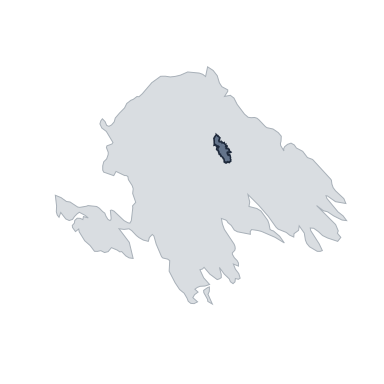 Thurles Lea-5, North Tipperary, Ireland shown in context, rotated 240°
{"feature_id": "5873133B42625878328180", "entity_name": "Thurles Lea-5", "entity_type": "district", "adm_level": 2, "iso_a3": "IRL", "parent_name": "Ireland", "parent_adm1": "North Tipperary", "projection": "equal_earth", "projection_center": [-7.824, 52.667], "detail": "fine", "context": "in_parent", "style": "filled", "palette": "slate", "viewbox_px": 384, "rotation_deg": 240, "n_neighbors": 0, "source": "geoboundaries", "source_scale": "gbopen_adm2", "svg_char_len": 8001}
<svg xmlns="http://www.w3.org/2000/svg" viewBox="0 0 384 384"><g transform="rotate(240 192 192)"><path d="M244.3,81.4L236.1,85.5L234.8,87.1L232.5,93.4L232.2,95.2L227.1,102.2L224.2,103.7L219.8,104.8L217.3,105.9L214.2,105.4L210.3,105.5L208.3,106.7L208.4,107.7L209.6,108.8L216.9,112.1L216.5,113.4L214.4,114.9L201.3,118.8L197.4,121.1L196.1,122.6L197.5,125.1L207.9,132.8L209.7,133.6L211.2,138.1L220.4,139.9L224.2,142.7L227.5,143.4L234.5,143.1L237.4,144.2L239.0,143.4L239.9,141.9L247.8,136.5L245.3,132.4L253.3,125.5L255.5,125.6L259.2,127.7L262.3,130.7L263.3,134.6L266.3,138.1L268.2,139.3L273.3,140.1L274.5,141.4L273.6,146.6L274.4,148.3L287.3,148.1L292.5,145.9L297.0,146.3L299.2,148.6L300.2,151.0L296.4,151.9L292.3,151.4L290.4,152.9L290.3,155.9L291.7,159.8L294.4,162.5L296.6,168.7L298.5,175.6L301.3,179.8L302.0,184.9L301.6,187.5L302.2,192.1L301.0,193.7L301.9,198.0L306.8,211.9L307.9,222.7L305.6,226.8L302.5,230.7L300.5,235.3L299.0,240.3L298.1,248.3L291.4,257.7L288.6,260.1L285.2,261.5L292.6,268.1L286.6,271.1L280.1,272.0L272.8,270.3L268.3,270.5L262.6,274.0L261.3,273.3L258.5,267.9L256.6,273.5L252.4,275.3L245.2,274.9L233.2,276.4L228.6,278.0L226.7,280.5L225.3,283.4L223.5,285.1L221.3,286.0L212.1,288.2L210.3,289.0L206.0,293.7L200.3,296.4L195.7,297.2L191.5,294.5L189.9,292.9L187.9,292.0L181.6,292.1L183.6,293.0L184.9,294.9L185.5,298.6L184.8,302.2L181.6,304.1L177.9,304.4L171.9,308.2L164.1,309.2L159.9,312.7L133.9,318.5L132.5,318.6L128.9,317.1L125.1,316.4L121.2,316.9L110.3,320.2L105.1,319.5L111.9,311.4L120.9,307.3L121.8,306.2L118.9,305.6L101.8,308.5L95.8,310.9L89.9,311.6L92.7,307.9L100.4,302.8L107.1,299.5L110.0,296.5L118.0,293.1L92.0,300.1L85.2,299.2L83.6,297.3L78.3,298.2L76.4,293.5L84.4,286.4L89.0,283.3L94.4,281.7L99.7,279.3L101.7,276.4L99.2,275.5L83.6,276.2L76.1,275.6L76.5,273.3L78.0,270.8L85.8,266.4L90.0,265.7L93.7,266.2L100.3,268.7L109.1,267.9L105.5,265.1L104.9,259.5L102.1,257.6L105.8,255.0L109.9,253.4L116.8,248.0L119.3,247.2L132.8,245.9L147.4,243.1L161.9,239.2L154.5,237.0L151.0,234.1L145.3,239.9L141.1,242.2L129.5,243.4L125.8,242.7L120.7,240.9L119.1,241.6L117.6,243.0L109.8,245.8L101.7,246.5L111.2,241.3L123.2,232.4L125.9,229.6L129.7,224.8L128.6,222.6L126.2,221.4L134.9,211.4L137.9,209.6L143.4,209.3L147.5,207.8L149.3,207.8L150.9,207.2L154.4,204.2L149.0,202.3L143.4,201.3L125.9,202.4L123.6,202.1L121.5,201.2L120.1,199.9L119.1,196.5L117.8,195.8L113.9,195.8L110.0,196.8L107.3,196.7L104.6,195.2L108.9,191.8L103.5,191.0L97.9,191.7L93.3,190.6L93.2,188.5L95.4,186.3L92.7,184.3L92.1,181.7L95.1,180.4L98.2,180.8L104.7,178.9L113.0,178.0L106.0,176.1L103.2,174.5L103.1,172.1L103.6,170.0L111.9,166.4L120.7,164.8L120.1,162.5L120.7,160.0L111.9,159.2L103.1,161.0L104.1,156.2L106.3,151.8L106.7,148.9L106.4,145.9L102.3,147.2L101.8,142.9L100.1,139.9L94.1,141.9L94.3,138.0L96.1,135.3L99.2,134.1L102.4,134.6L108.2,134.6L113.8,132.5L121.9,132.0L134.8,132.6L143.7,138.4L146.0,137.4L149.5,133.7L151.2,133.3L164.6,134.9L172.9,137.0L175.1,136.4L173.9,132.3L171.1,129.5L174.7,125.8L179.0,123.3L182.0,122.1L188.7,120.5L191.6,119.1L193.6,114.4L196.7,110.4L179.8,112.5L163.9,107.8L166.4,104.6L169.8,102.7L175.6,101.3L176.2,99.6L179.2,98.1L184.1,94.4L182.3,89.5L183.3,86.0L186.8,83.7L187.9,80.3L189.4,77.9L196.6,77.0L203.4,74.7L213.9,74.4L216.6,75.4L216.0,71.3L221.0,70.8L222.9,71.6L223.8,74.5L226.0,76.3L226.7,79.4L225.2,81.9L222.7,83.7L225.0,85.7L221.4,89.2L225.3,87.7L230.8,84.3L230.5,81.5L229.5,78.0L228.0,74.8L228.7,71.4L231.8,69.2L239.9,68.1L236.6,64.2L239.5,63.8L242.7,64.6L247.5,67.7L257.5,72.0L252.6,75.8L246.6,78.5L244.3,81.4ZM101.4,157.8L101.1,159.6L97.3,157.3L95.4,154.7L84.8,153.6L89.3,151.0L91.4,151.8L98.9,151.9L101.0,152.9L101.4,157.8Z" fill="#d9dde1" stroke="#a8b0b8" stroke-width="1"/><path d="M200.6,235.5L200.3,235.7L200.2,235.8L200.0,236.0L200.0,236.4L200.0,236.6L200.3,236.7L200.1,236.8L200.1,237.1L200.2,237.4L200.3,237.5L200.5,237.7L200.6,237.8L200.7,238.0L200.8,237.9L201.0,237.9L200.4,238.2L199.8,238.2L199.6,238.2L199.5,238.5L199.3,238.7L199.0,238.8L198.8,239.0L199.0,239.4L199.5,239.6L199.6,239.8L199.5,240.1L199.3,240.3L199.3,240.5L199.2,240.5L199.2,240.9L199.3,241.0L199.5,241.1L199.9,241.2L200.0,241.3L200.3,241.5L200.8,241.9L201.3,241.8L201.9,242.0L202.2,242.2L202.7,242.7L203.6,242.9L204.3,243.2L204.6,243.0L205.1,243.1L205.4,243.2L205.4,243.3L205.6,243.4L205.7,243.2L206.0,243.2L206.0,242.9L205.6,242.9L205.6,242.7L205.5,242.4L205.4,242.2L205.7,242.1L205.9,241.9L205.9,241.7L206.0,241.7L206.2,241.8L206.4,242.0L206.3,242.3L206.6,242.3L206.8,242.4L207.0,242.3L207.0,242.2L207.1,241.9L207.3,241.8L207.3,241.7L207.5,241.7L207.7,241.8L207.7,242.0L207.8,242.0L208.1,242.1L208.4,242.2L208.3,242.4L208.2,242.5L208.4,242.6L208.8,242.7L208.7,243.2L208.6,243.3L208.2,243.2L208.0,243.3L207.9,243.8L208.0,243.8L208.1,244.0L207.6,244.5L207.3,244.6L207.2,244.7L207.2,244.8L207.1,245.1L207.2,245.3L207.3,245.3L207.1,245.7L207.3,245.7L207.6,245.6L207.7,245.4L207.8,245.1L208.4,245.1L208.5,245.0L208.4,244.9L208.5,244.8L209.0,245.0L209.3,245.1L209.8,245.2L209.7,245.3L210.3,245.5L210.4,245.2L210.5,245.1L210.5,244.9L211.0,245.1L211.3,244.8L211.7,245.0L212.0,245.0L212.1,244.8L212.3,244.5L212.4,244.4L212.2,243.8L212.2,243.6L212.4,243.4L212.5,243.2L212.8,243.3L212.9,243.5L213.1,243.5L213.3,243.7L213.5,243.9L213.5,244.0L213.9,244.0L213.9,244.4L213.9,244.5L214.1,244.7L214.0,244.9L214.0,245.1L214.1,245.4L214.6,245.4L214.8,245.0L215.0,244.9L215.1,244.7L215.1,244.4L215.2,244.5L215.4,244.6L215.6,244.8L216.1,244.9L216.4,245.1L216.4,244.8L216.6,244.7L217.5,244.3L218.2,244.4L218.6,244.6L218.6,244.4L218.4,244.3L218.5,244.1L218.6,243.7L219.0,243.6L219.7,243.2L219.6,242.9L219.9,242.9L219.8,242.7L220.2,242.8L220.3,242.7L220.6,242.5L221.1,242.5L221.0,242.4L221.1,241.8L221.5,241.2L221.9,240.9L222.0,240.7L222.8,240.9L223.0,241.0L223.1,240.9L223.2,241.0L223.4,241.2L223.3,241.3L223.2,241.4L223.2,241.5L223.5,241.8L223.9,241.8L224.1,242.1L224.4,242.3L224.5,242.5L224.4,242.6L224.5,242.7L224.5,242.8L224.7,243.0L224.9,243.3L225.3,243.1L226.0,242.9L226.1,243.0L226.5,242.8L226.9,242.6L227.2,242.5L227.3,242.6L227.5,242.7L227.8,242.5L227.8,242.4L228.0,242.5L227.9,242.6L228.0,242.6L228.2,242.4L228.1,242.2L229.0,242.0L229.4,241.9L229.7,241.8L229.5,241.7L229.4,241.6L229.4,241.4L229.1,241.1L228.9,240.8L229.0,240.6L229.0,240.4L228.6,239.9L228.6,239.7L228.3,239.6L228.1,239.2L228.2,238.9L228.2,238.7L227.8,238.3L227.7,238.3L227.5,238.2L227.5,237.8L227.4,237.8L227.2,237.7L226.8,237.6L226.5,237.3L226.3,237.3L225.9,237.0L225.7,237.1L225.4,237.0L225.1,236.8L225.0,236.7L224.8,236.5L224.5,236.5L224.2,236.4L224.1,236.2L223.9,236.1L223.3,235.6L222.2,235.7L222.3,235.5L221.8,234.7L221.4,234.4L221.0,235.7L220.9,236.2L220.6,236.3L220.4,236.3L220.2,236.3L220.1,236.2L220.0,236.3L219.8,236.3L219.7,236.4L219.5,236.2L219.4,236.3L219.2,236.0L219.1,235.9L218.9,236.0L218.6,236.1L218.5,236.3L218.6,236.6L218.4,236.7L218.2,237.0L218.3,237.1L218.2,237.1L218.2,237.3L218.4,237.7L218.0,237.8L217.9,237.8L217.6,237.9L217.5,237.4L217.5,237.1L217.4,237.0L217.5,237.0L217.5,236.8L217.6,236.7L217.5,236.2L217.5,235.5L217.3,235.5L217.1,235.0L217.0,234.8L216.9,234.7L216.7,234.6L216.4,234.6L216.2,234.6L215.9,234.7L215.9,234.8L215.8,235.0L215.5,235.3L215.5,235.5L215.3,235.5L215.1,235.5L214.7,235.5L214.7,235.3L214.4,235.4L214.2,235.2L214.1,235.3L213.7,235.5L213.6,235.4L213.6,235.2L213.4,235.2L213.2,235.2L212.9,235.0L212.9,234.9L212.7,234.9L212.4,235.0L212.2,234.9L212.2,234.7L211.6,234.6L211.2,234.4L210.9,234.4L210.7,234.7L210.6,234.8L210.5,235.0L210.7,235.3L210.6,235.5L210.4,235.4L210.2,235.4L210.0,235.2L209.8,235.2L209.7,235.3L209.1,235.4L209.1,235.2L209.0,234.9L208.5,234.9L208.5,235.0L208.4,235.1L208.2,235.3L207.5,235.6L207.2,235.7L206.7,236.0L206.4,235.8L205.9,235.9L205.7,235.9L205.4,235.8L205.3,235.7L205.1,235.7L205.0,235.8L205.1,236.0L204.7,236.0L204.4,236.2L203.9,235.9L203.6,235.8L203.4,235.6L203.1,235.6L202.9,235.6L203.0,235.6L202.7,235.5L202.6,235.4L202.6,235.5L202.3,235.4L202.0,235.4L201.6,235.2L201.4,235.2L201.1,235.5L200.8,235.6L200.7,235.6L200.6,235.5Z" fill="#64748b" stroke="#1e293b" stroke-width="1.5"/></g></svg>